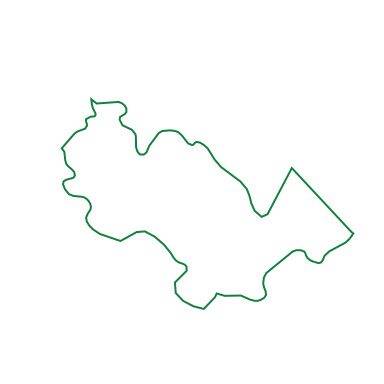 the Province of Pisa, rotated 142°
{"feature_id": "ITA-5381", "entity_name": "Pisa", "entity_type": "Province", "adm_level": 1, "iso_a3": "ITA", "parent_name": "Italy", "parent_adm1": "", "projection": "orthographic", "projection_center": [10.703, 43.467], "detail": "fine", "context": "isolated", "style": "outline", "palette": "green", "viewbox_px": 384, "rotation_deg": 142, "n_neighbors": 0, "source": "natural_earth", "source_scale": "10m", "svg_char_len": 1795}
<svg xmlns="http://www.w3.org/2000/svg" viewBox="0 0 384 384"><g transform="rotate(142 192 192)"><path d="M98.6,149.4L91.0,62.6L90.4,60.0L96.6,58.1L102.0,57.6L120.3,60.7L126.6,60.2L131.4,57.6L133.6,57.0L136.0,58.0L139.5,62.8L140.9,65.6L141.6,68.8L141.2,71.9L140.3,74.0L140.2,76.1L142.4,79.4L145.8,82.0L149.5,83.1L183.3,82.4L188.0,80.3L192.3,76.0L193.9,72.5L195.1,68.5L196.9,65.4L200.0,64.2L203.8,64.6L206.9,65.6L209.7,67.8L212.6,71.6L217.2,80.3L230.2,90.1L235.0,96.8L238.8,94.9L254.7,92.6L261.1,100.9L266.0,111.5L267.0,122.4L261.2,131.2L244.7,133.2L242.2,136.7L242.5,139.2L243.4,141.1L245.8,144.7L246.8,147.7L247.0,150.9L246.3,157.4L246.5,167.7L248.9,179.8L253.4,190.0L260.3,194.5L278.5,197.4L290.4,215.6L293.0,223.3L293.6,228.7L293.1,233.4L291.3,236.9L287.7,239.0L282.9,240.6L280.9,242.3L279.5,245.2L279.0,248.1L279.2,250.9L279.9,253.4L281.3,255.6L288.1,262.2L290.3,266.2L290.4,272.4L288.9,277.4L286.7,279.4L283.9,279.2L277.2,276.4L275.7,276.4L274.1,277.2L272.5,280.4L272.8,284.1L273.6,287.9L273.8,291.5L272.3,295.1L267.9,302.2L267.7,306.6L248.5,310.4L244.9,310.2L237.3,307.7L233.9,308.9L233.0,310.3L231.7,313.5L230.7,314.6L225.4,313.7L222.8,311.9L222.0,311.7L220.6,312.1L219.8,313.0L218.3,319.7L217.2,322.2L214.3,327.0L212.6,320.4L194.6,308.3L192.7,305.4L191.8,301.8L192.3,298.3L194.5,295.4L196.9,294.8L202.5,295.4L204.5,293.6L205.7,287.3L201.1,278.2L201.0,272.4L202.0,270.4L208.5,261.7L210.1,257.5L210.0,253.7L206.9,251.2L203.6,251.2L197.0,254.8L182.0,258.9L178.0,258.4L171.5,254.2L168.2,251.0L166.1,247.9L165.2,243.1L165.1,232.6L163.0,228.9L161.8,228.5L158.9,229.0L157.6,228.7L155.3,226.0L153.7,221.7L152.8,216.9L154.2,203.4L153.7,193.6L147.4,170.5L147.0,160.6L149.2,153.3L152.2,146.7L154.2,138.6L152.4,129.5L146.1,128.0L98.6,149.4Z" fill="none" stroke="#15803d" stroke-width="2"/></g></svg>